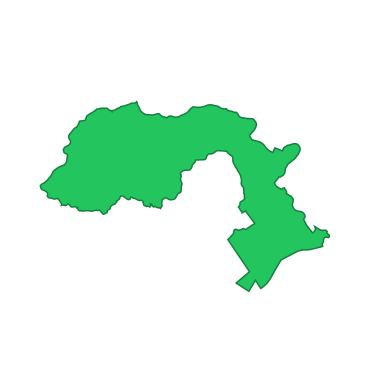 Paulis, Arad, Romania (Albers equal-area conic projection), rotated 228°
{"feature_id": "2599482B5177022501599", "entity_name": "Paulis", "entity_type": "district", "adm_level": 2, "iso_a3": "ROU", "parent_name": "Romania", "parent_adm1": "Arad", "projection": "albers", "projection_center": [21.624, 46.159], "detail": "fine", "context": "isolated", "style": "filled", "palette": "green", "viewbox_px": 384, "rotation_deg": 228, "n_neighbors": 0, "source": "geoboundaries", "source_scale": "gbopen_adm2", "svg_char_len": 6017}
<svg xmlns="http://www.w3.org/2000/svg" viewBox="0 0 384 384"><g transform="rotate(228 192 192)"><path d="M205.8,286.1L206.2,285.6L210.2,281.8L213.0,279.4L215.3,277.9L217.1,277.7L220.1,278.5L222.2,277.9L222.5,276.9L222.5,276.7L223.7,276.4L225.4,275.6L226.2,274.8L227.8,273.6L228.4,273.4L229.3,273.2L231.2,273.1L231.3,272.7L232.1,271.6L233.4,270.4L234.8,269.7L236.7,269.2L238.5,268.6L244.3,264.3L246.0,262.0L247.6,257.7L250.6,253.3L254.6,249.7L254.9,246.7L254.4,243.4L254.4,240.3L255.3,237.7L255.7,236.2L256.5,234.6L256.5,232.8L257.4,231.7L258.2,230.1L260.2,228.7L262.3,227.4L263.4,226.3L263.7,225.7L263.9,223.5L265.1,222.1L266.7,221.6L268.2,220.2L272.3,219.9L273.0,219.2L275.6,214.1L279.9,210.1L281.3,209.0L283.6,208.4L286.5,208.1L290.2,209.2L293.3,209.9L295.5,211.2L296.2,211.3L296.0,209.5L298.7,206.1L299.0,204.7L301.5,198.7L303.1,196.5L303.2,195.4L303.0,194.8L303.8,193.2L304.1,192.2L304.2,191.1L304.5,189.4L305.3,188.2L306.0,186.8L305.6,186.4L306.5,186.5L308.0,185.4L309.4,185.1L310.7,185.1L311.8,184.2L315.5,179.9L316.4,177.9L317.4,176.6L317.3,175.3L317.4,173.6L318.5,168.0L318.9,165.0L318.5,163.8L316.9,161.1L316.9,160.2L319.4,156.6L319.9,155.6L318.9,154.2L317.5,150.8L317.6,148.8L318.0,147.4L317.8,146.2L316.9,140.0L316.2,137.8L314.5,136.6L312.4,136.1L310.6,135.4L309.7,134.2L309.3,131.7L310.4,127.2L309.7,124.8L307.0,123.3L305.5,123.7L303.6,124.5L302.6,124.1L298.1,118.5L297.8,117.4L297.7,115.0L299.6,109.7L299.9,107.6L300.3,103.3L298.1,97.2L297.9,93.6L297.5,93.0L297.7,88.3L298.4,85.7L298.2,83.5L295.7,82.2L294.5,82.1L293.0,82.6L291.3,83.5L289.2,84.0L287.5,83.7L286.4,82.7L285.8,81.6L283.6,81.6L281.6,83.4L278.8,84.9L277.1,87.8L275.5,87.9L270.1,87.1L269.4,85.9L268.3,87.9L266.7,88.7L266.3,89.5L266.1,90.4L266.4,91.5L265.1,92.2L264.1,92.3L262.7,92.1L261.5,92.4L259.7,94.5L259.4,95.2L257.7,96.3L257.1,96.6L257.1,95.7L256.0,95.9L255.3,95.7L254.8,95.5L254.4,95.5L252.9,96.0L252.7,96.2L252.7,96.8L252.4,97.2L251.5,97.5L251.0,98.1L250.4,98.6L250.1,99.2L249.7,99.7L249.3,100.4L248.2,101.7L246.2,103.6L245.2,104.3L244.9,104.5L244.5,104.9L244.4,105.8L243.9,106.2L243.3,107.4L242.7,108.3L241.7,109.2L241.1,109.8L240.9,110.1L240.8,110.5L240.6,110.8L239.3,111.3L238.9,111.2L237.4,111.2L235.7,111.0L234.8,111.2L234.3,112.1L234.0,113.5L233.5,115.1L233.7,115.5L234.2,116.2L234.5,116.7L234.8,117.0L234.8,117.5L234.3,119.6L234.5,120.1L235.2,120.9L235.6,121.6L235.7,122.2L235.6,124.2L235.1,125.6L234.6,126.6L234.6,127.3L235.2,129.6L235.7,129.7L235.8,130.4L235.5,131.1L235.3,132.4L235.4,133.8L236.1,134.5L236.6,136.1L236.2,137.1L234.8,138.1L229.7,139.1L228.5,140.0L228.2,141.1L228.7,142.1L229.1,143.0L227.9,143.8L226.8,144.2L225.0,145.4L222.9,146.1L220.8,147.2L220.0,148.7L217.7,149.4L216.8,148.5L214.1,147.4L212.6,148.1L211.6,148.6L211.5,149.2L209.9,150.4L209.2,150.5L209.0,151.1L209.2,151.9L210.1,152.5L210.7,153.1L210.8,153.4L209.5,153.6L206.9,153.2L206.6,153.4L206.4,153.8L206.5,154.0L206.3,154.5L205.2,155.0L204.8,155.3L204.3,155.5L203.5,155.8L202.9,156.3L202.4,157.1L200.8,157.6L201.2,158.1L201.6,160.3L203.7,161.9L204.8,163.1L206.1,164.2L205.9,165.6L205.8,167.8L204.9,169.1L202.7,169.6L200.6,170.7L198.6,173.6L198.4,175.2L199.0,177.3L200.1,179.9L200.2,181.0L199.5,182.2L199.5,183.6L200.1,184.6L201.0,185.6L202.4,186.7L204.6,189.9L205.9,190.7L207.7,191.1L208.4,191.5L209.8,192.5L210.1,193.5L212.0,195.4L213.2,195.5L213.8,196.2L213.9,197.0L214.0,199.2L212.9,201.3L210.0,204.8L209.9,206.6L210.5,208.3L211.8,210.4L212.3,214.6L213.3,216.1L207.5,223.1L207.4,224.6L209.1,227.6L209.1,229.9L207.2,232.1L206.6,233.5L206.1,238.0L204.8,239.5L201.0,243.3L198.7,245.2L197.8,244.7L196.1,244.7L192.7,245.7L190.8,245.6L190.1,245.3L188.2,243.5L186.7,242.6L185.3,242.0L183.5,241.7L182.8,241.3L180.7,240.9L179.5,240.9L177.9,240.6L177.7,240.3L174.2,239.8L172.0,239.1L170.4,238.4L167.9,236.8L166.7,235.8L165.7,234.6L165.3,234.1L164.8,233.8L162.8,233.3L162.5,233.3L161.6,233.5L160.5,233.0L157.1,230.4L156.5,229.7L154.4,228.7L153.4,227.7L152.2,227.0L151.7,225.6L151.5,224.7L151.7,223.7L152.1,221.7L152.0,220.8L151.8,220.3L150.4,219.1L150.0,217.6L149.5,216.2L148.6,216.4L147.8,216.3L146.7,215.9L145.2,215.7L143.6,215.7L143.0,215.2L142.1,219.0L126.6,217.6L127.3,213.3L128.3,206.5L130.5,205.8L130.6,205.4L131.5,202.3L132.0,202.0L132.6,200.8L133.7,200.3L135.2,199.4L135.5,197.9L134.7,196.4L133.4,195.1L133.3,194.8L132.6,187.3L132.7,186.8L94.3,181.4L94.8,163.9L89.8,165.2L80.2,167.8L83.9,180.1L74.2,178.6L73.9,182.0L73.9,185.7L74.1,187.6L74.9,191.2L76.4,195.9L76.5,195.9L78.8,202.9L81.2,210.5L81.7,212.6L81.8,213.2L77.2,231.4L75.7,233.9L74.4,236.2L71.9,238.8L69.8,241.9L64.1,252.7L65.7,253.6L66.5,254.1L66.7,255.9L67.3,256.7L68.5,257.4L69.3,259.4L69.3,260.4L68.8,261.3L68.1,262.0L67.0,262.7L66.7,263.6L67.3,264.6L68.1,265.0L69.0,265.1L70.7,264.6L71.3,264.9L72.2,265.9L72.3,266.1L73.1,265.8L74.0,266.0L76.0,263.5L78.1,261.9L84.3,260.1L82.4,259.4L81.4,258.2L80.8,255.8L80.9,254.5L81.1,254.3L83.1,254.3L83.4,254.5L90.3,254.8L97.1,256.7L97.4,258.3L97.8,259.2L98.5,260.0L99.8,260.6L101.0,260.7L102.5,260.7L103.9,260.3L105.7,259.0L107.1,257.8L108.8,256.9L110.0,256.5L111.4,256.5L112.5,256.7L113.7,257.1L114.8,257.7L115.9,258.6L116.6,259.8L117.2,260.6L117.3,260.8L119.1,262.5L122.7,262.8L125.7,261.6L126.8,261.5L127.2,261.0L127.8,260.9L128.2,261.8L129.4,262.7L130.6,263.0L132.4,263.0L133.2,263.5L133.6,263.2L134.4,260.1L139.1,258.7L141.6,258.7L142.9,259.2L143.6,259.2L144.6,265.4L145.1,266.4L144.0,267.7L143.8,269.5L143.4,270.5L144.0,273.6L146.9,277.1L147.9,280.4L148.4,281.4L148.3,284.4L148.2,285.9L148.3,287.5L147.9,289.5L148.1,291.8L148.7,294.2L148.6,294.7L149.2,296.8L150.2,299.1L150.9,300.4L152.5,301.8L154.4,302.3L155.5,302.4L156.9,302.3L158.8,301.2L159.9,299.8L162.0,295.3L162.8,294.1L163.5,289.9L162.1,286.7L169.3,283.1L167.3,278.6L170.4,277.1L171.1,277.1L173.5,276.5L176.6,276.6L179.0,277.0L181.1,276.7L183.4,276.1L186.6,274.2L187.9,273.1L190.4,271.8L192.1,271.7L193.9,272.0L195.1,272.4L195.7,273.6L196.4,279.7L197.3,282.3L198.2,284.0L199.1,285.2L200.9,286.1L204.2,286.5L205.8,286.1Z" fill="#22c55e" stroke="#15803d" stroke-width="1.5"/></g></svg>